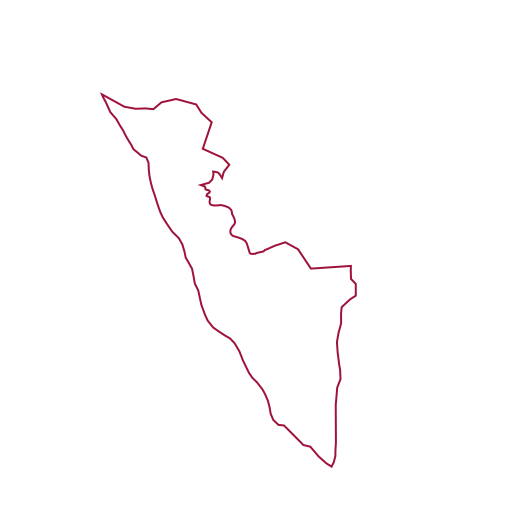 Sipsu, Samchi, Bhutan, rotated 328°
{"feature_id": "84629894B94352407868213", "entity_name": "Sipsu", "entity_type": "district", "adm_level": 2, "iso_a3": "BTN", "parent_name": "Bhutan", "parent_adm1": "Samchi", "projection": "albers", "projection_center": [88.886, 27.002], "detail": "fine", "context": "isolated", "style": "outline", "palette": "rose", "viewbox_px": 512, "rotation_deg": 328, "n_neighbors": 0, "source": "geoboundaries", "source_scale": "gbopen_adm2", "svg_char_len": 2306}
<svg xmlns="http://www.w3.org/2000/svg" viewBox="0 0 512 512"><g transform="rotate(328 256 256)"><path d="M211.0,37.3L210.5,40.0L210.1,46.4L209.4,51.4L208.7,57.0L210.1,65.7L209.8,72.6L209.8,79.6L209.3,84.0L209.1,89.7L209.1,96.0L208.6,100.4L210.3,105.3L211.8,110.1L215.2,114.4L214.2,120.1L211.0,125.7L208.2,131.4L205.7,138.0L203.9,143.9L202.2,151.2L200.6,157.3L199.2,163.0L197.9,169.3L197.4,174.6L197.5,181.9L197.9,191.2L200.0,200.0L199.7,207.1L197.6,214.6L195.5,220.2L195.4,225.3L195.0,233.0L191.9,241.1L189.5,247.0L188.8,254.5L183.8,268.4L181.5,279.4L180.8,285.4L181.8,294.0L184.4,300.1L187.3,306.5L190.3,312.1L191.6,318.6L191.4,328.0L189.6,337.6L188.1,351.3L188.4,357.4L189.9,363.8L190.8,372.5L190.5,377.9L189.3,385.4L187.3,391.6L184.8,397.7L183.8,404.4L185.6,411.2L189.9,414.5L194.7,435.4L196.0,441.4L201.0,446.5L202.9,459.2L205.7,468.9L208.5,474.7L212.9,471.9L217.3,467.7L220.3,463.0L224.9,456.6L244.6,424.7L255.2,410.6L262.4,405.2L266.8,397.5L269.4,391.2L271.0,387.9L274.1,381.1L279.0,371.9L285.4,364.8L292.5,358.2L297.5,350.1L301.5,344.8L312.9,342.6L319.6,342.5L325.8,332.6L324.4,325.8L328.4,319.0L331.2,314.7L306.9,301.7L295.9,295.8L295.2,272.5L288.1,259.9L277.0,257.2L269.1,256.1L266.7,255.7L264.7,256.1L262.8,255.4L259.9,254.4L258.3,253.8L256.5,253.7L254.8,252.7L253.6,252.1L252.5,250.9L252.4,249.7L253.3,246.3L254.3,242.6L254.8,240.6L254.9,239.3L254.8,237.4L253.7,235.0L251.9,232.3L248.9,228.8L247.3,227.1L246.6,225.4L246.5,224.2L246.5,223.0L247.5,221.2L248.4,220.2L249.6,219.4L251.2,218.7L252.6,218.2L254.3,217.7L256.0,216.4L256.7,215.2L257.5,212.5L257.9,209.2L257.9,207.9L258.5,206.5L259.1,205.3L259.3,203.8L258.9,201.3L258.0,199.7L256.9,198.1L255.7,196.6L253.2,194.2L249.1,192.1L247.3,191.0L245.5,189.4L244.7,188.1L244.8,186.6L245.4,185.3L246.9,183.7L247.7,182.8L247.8,181.2L246.6,180.0L245.9,178.8L247.2,177.7L248.3,177.6L249.7,177.6L251.0,177.0L250.9,175.4L249.5,174.0L248.5,172.8L249.1,171.5L249.5,170.1L246.8,166.6L255.0,169.0L259.5,167.9L263.2,164.3L264.4,161.7L265.9,162.9L267.8,164.9L268.2,165.9L268.5,167.7L268.5,172.0L272.0,168.7L273.9,167.3L281.7,164.5L279.8,155.1L267.7,136.9L289.3,119.1L285.6,105.7L285.6,102.5L285.6,101.3L285.6,95.8L271.4,80.5L257.3,75.6L246.8,77.1L240.5,72.3L232.0,67.4L223.5,59.7L214.2,43.0L211.0,37.3Z" fill="none" stroke="#9f1239" stroke-width="2"/></g></svg>